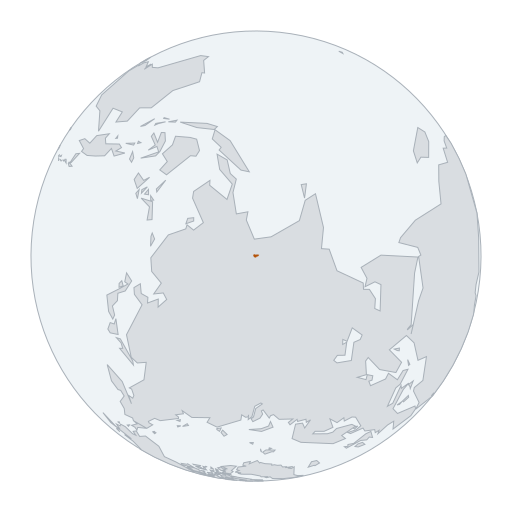 Geylegphug on an orthographic globe, rotated 189°
{"feature_id": "BTN-2482", "entity_name": "Geylegphug", "entity_type": "District", "adm_level": 1, "iso_a3": "BTN", "parent_name": "Bhutan", "parent_adm1": "", "projection": "orthographic", "projection_center": [90.239, 26.953], "detail": "fine", "context": "on_globe", "style": "filled", "palette": "amber", "viewbox_px": 512, "rotation_deg": 189, "n_neighbors": 0, "source": "natural_earth", "source_scale": "10m", "svg_char_len": 11292}
<svg xmlns="http://www.w3.org/2000/svg" viewBox="0 0 512 512"><g transform="rotate(189 256 256)"><circle cx="256" cy="256" r="225" fill="#eef3f6" stroke="#a8b0b8"/><path d="M340.6,47.2L339.1,46.9L348.3,53.8L357.9,59.0L350.5,56.0L373.4,68.8L382.7,77.4L368.0,66.0L363.3,63.7L367.5,68.2L363.6,67.0L363.4,68.7L358.4,67.0L350.2,61.2L346.7,60.2L349.9,63.6L346.9,64.5L342.7,59.6L337.0,60.9L322.2,52.9L315.1,43.5L302.7,40.0L284.4,33.5L281.9,33.7L273.4,32.3L267.3,32.1L265.6,31.6L262.3,32.1L265.0,32.7L264.4,33.2L261.1,33.4L258.3,32.5L259.6,32.3L257.1,32.1L257.1,31.7L255.2,32.0L252.3,31.3L250.3,32.4L243.8,32.2L243.2,31.7L249.8,31.2L259.1,30.7L275.8,31.6L292.4,33.7L308.8,37.0L324.9,41.5L340.6,47.2ZM231.6,32.0L227.4,32.5L223.9,33.0L231.6,32.0ZM365.7,63.4L363.0,61.1L367.0,63.9L365.7,63.4ZM364.3,69.3L366.3,70.5L365.3,70.9L364.3,69.3ZM244.4,31.0L241.9,31.2L242.1,31.1L244.4,31.0ZM356.7,68.9L354.5,69.5L355.3,67.8L356.7,68.9ZM239.3,31.4L248.5,30.8L251.6,30.8L249.7,31.1L239.3,31.4ZM352.4,69.3L347.2,71.6L351.3,74.2L336.9,68.7L346.0,68.2L346.4,65.5L348.9,68.0L352.4,69.3ZM267.3,32.8L264.2,32.2L269.8,32.7L267.3,32.8ZM271.0,33.1L288.9,34.9L291.7,36.3L285.2,35.2L291.2,37.4L283.8,37.2L278.7,35.9L278.4,34.9L275.8,35.7L271.0,33.1ZM329.7,65.6L327.3,65.6L328.3,64.6L329.7,65.6ZM264.6,33.5L268.0,33.5L270.6,34.7L264.4,34.9L265.5,34.4L264.6,33.5ZM296.5,38.3L297.4,39.5L291.6,39.5L291.1,40.1L283.8,37.3L296.5,38.3ZM263.2,34.2L261.1,35.0L256.8,34.7L261.5,33.6L263.2,34.2ZM274.0,35.1L274.9,35.7L272.4,35.4L274.0,35.1ZM240.5,34.8L244.5,34.4L246.2,34.9L240.5,34.8ZM260.6,35.4L262.1,35.5L263.2,35.7L261.0,36.2L260.6,35.4ZM280.3,37.7L277.6,37.6L282.9,38.8L278.8,39.2L274.7,37.4L274.7,38.4L273.4,38.6L271.5,37.0L280.3,37.7ZM262.1,37.7L255.4,36.1L247.7,36.5L245.9,35.9L258.7,35.5L262.1,37.7ZM267.8,37.4L263.9,37.4L263.7,36.5L266.2,35.9L267.8,37.4ZM277.5,40.3L284.9,40.1L285.5,40.5L277.5,40.3ZM259.9,37.9L261.5,38.3L259.3,38.0L259.9,37.9ZM272.1,39.6L274.6,39.4L275.3,39.9L272.1,39.6ZM262.7,39.5L260.6,38.9L262.2,38.4L262.7,39.5ZM267.0,39.7L267.3,40.4L264.1,38.6L268.1,39.5L267.0,39.7ZM272.3,40.1L273.5,40.4L271.2,40.2L272.3,40.1ZM257.6,42.0L253.1,39.8L256.8,38.6L260.7,40.8L257.6,42.0ZM59.7,145.4L74.3,129.7L72.0,136.8L79.3,147.2L79.1,150.8L71.7,159.2L71.9,183.3L79.7,178.3L86.3,195.0L95.0,201.0L109.6,184.2L95.6,173.8L99.6,162.8L116.1,163.2L129.3,173.3L131.3,169.4L128.4,156.1L137.0,152.0L128.0,151.1L127.5,156.2L121.9,156.0L122.0,151.5L125.0,150.0L122.6,145.8L108.8,154.8L106.8,160.9L97.0,155.9L92.8,165.9L88.2,167.9L93.6,151.8L97.3,147.6L102.7,128.1L97.9,132.0L92.5,150.9L91.7,148.0L85.2,154.4L89.6,147.3L96.8,126.6L91.6,122.6L75.5,132.7L74.5,130.0L78.1,122.5L93.6,106.5L94.1,114.4L99.6,109.7L107.8,99.5L107.2,103.1L110.6,100.2L111.6,103.1L121.1,100.2L123.4,102.8L134.9,95.4L137.7,96.0L130.0,100.0L125.9,104.7L132.4,112.4L136.0,112.0L143.0,106.8L143.9,110.0L149.9,104.1L157.5,106.7L153.2,98.8L161.3,93.5L170.2,92.1L172.1,89.2L157.7,91.6L152.6,94.0L149.5,98.2L135.0,104.7L131.1,103.5L143.3,92.1L139.1,89.7L150.5,82.7L182.5,79.0L191.8,81.3L190.6,96.1L183.9,98.2L181.0,93.7L176.5,102.7L180.3,99.6L181.1,102.6L189.0,99.1L189.9,101.1L196.0,94.6L198.0,96.7L194.1,100.8L207.6,98.3L213.9,102.1L216.6,100.6L217.6,98.0L224.9,105.1L226.5,103.8L224.7,100.9L226.7,96.5L233.2,91.9L235.4,94.5L233.3,96.6L232.4,105.3L226.6,110.9L228.2,111.6L233.7,107.4L234.9,96.7L238.1,93.2L238.5,98.0L238.6,95.9L241.0,95.1L245.3,96.9L245.3,91.6L267.7,80.9L278.3,84.1L276.2,89.1L294.1,86.5L304.7,91.7L303.0,88.8L310.5,86.6L307.3,84.8L307.1,83.4L324.8,78.4L330.7,79.8L336.4,75.8L335.6,74.5L331.6,73.1L336.9,68.7L351.3,74.2L352.5,76.7L360.7,79.0L362.3,84.8L367.4,91.1L364.3,97.1L368.6,102.1L371.4,102.5L379.2,110.1L386.0,125.5L368.5,111.1L355.9,90.6L360.0,98.4L355.5,96.3L354.8,99.1L358.0,105.1L360.5,105.9L347.3,116.2L347.8,133.8L356.5,131.8L363.4,136.5L371.6,158.0L360.9,190.0L370.1,199.1L371.6,205.7L365.9,210.5L363.5,201.0L356.3,198.3L355.8,192.6L345.8,198.2L344.7,190.2L337.4,199.1L341.8,205.0L351.1,202.5L345.3,214.4L356.6,224.4L359.6,237.8L345.9,263.1L329.6,271.8L329.0,276.0L321.7,271.8L313.2,280.7L327.7,303.2L327.7,310.0L313.3,323.5L312.8,318.6L293.5,307.3L290.7,323.3L305.4,335.8L310.4,350.5L299.5,346.4L294.3,333.4L287.5,328.9L288.7,315.1L282.0,294.5L270.9,298.4L271.2,290.0L260.3,272.4L244.1,277.3L218.7,297.7L216.1,318.7L207.0,326.8L193.8,294.7L192.5,273.5L184.8,274.2L173.7,254.1L145.9,246.1L144.6,239.9L138.8,240.8L131.4,232.6L130.5,222.7L124.8,221.1L128.1,247.3L134.5,249.1L143.5,242.7L142.9,251.3L150.4,261.2L132.7,276.4L95.9,280.3L96.7,264.0L92.0,212.4L94.6,208.2L94.8,207.7L95.0,206.6L89.9,213.0L90.6,203.2L88.4,237.3L86.0,250.5L95.3,281.0L93.3,282.7L97.6,289.8L117.0,291.6L116.1,296.7L104.2,316.3L81.4,336.4L87.1,358.3L89.8,374.6L81.4,378.5L88.0,391.8L84.5,392.4L88.2,399.1L88.7,403.3L87.4,404.7L80.9,397.8L70.7,384.1L61.5,369.7L44.5,333.0L41.7,321.0L38.9,308.6L33.3,275.1L34.2,262.2L33.8,253.9L32.4,251.1L32.6,241.3L32.3,238.5L32.0,232.4L34.6,214.2L38.8,196.3L44.4,178.8L51.4,161.8L59.7,145.4ZM61.0,145.3L58.9,148.8L61.0,145.3ZM138.8,194.6L149.7,200.1L152.7,186.0L157.2,187.2L156.6,182.2L152.9,185.0L152.6,171.9L160.1,170.6L162.9,165.1L159.3,163.1L145.5,167.7L145.8,186.1L140.0,189.8L138.8,194.6ZM128.4,83.3L126.0,86.3L121.7,88.6L119.0,87.0L125.2,83.4L128.4,83.3ZM123.7,90.2L136.7,80.3L138.9,81.5L135.5,82.4L135.7,84.2L130.2,86.2L119.6,97.7L115.1,100.7L112.5,95.0L115.8,94.9L117.9,91.7L123.7,90.2ZM165.8,58.4L171.4,55.6L169.0,61.5L164.0,63.5L160.9,61.5L165.0,58.1L165.8,58.4ZM234.3,32.6L236.6,32.3L237.4,32.4L236.0,32.8L234.3,32.6ZM242.2,34.6L225.0,34.8L226.8,34.3L214.6,35.9L214.5,35.2L222.4,34.0L213.2,35.0L220.3,33.7L213.6,34.8L231.2,32.3L237.2,31.6L230.5,32.5L230.4,33.1L232.2,33.1L241.7,33.1L254.6,32.6L256.5,33.6L254.5,34.5L251.7,34.7L251.3,33.9L247.8,34.9L245.1,33.9L242.2,34.6ZM229.4,52.2L230.1,49.7L222.7,54.2L220.0,52.1L219.3,52.8L214.7,52.3L207.9,53.0L207.7,51.8L205.2,52.7L202.1,52.6L198.6,53.4L196.8,51.8L192.3,52.8L194.0,51.5L186.8,53.9L191.4,51.5L187.9,51.6L185.3,53.8L184.4,46.0L180.5,45.6L174.7,46.8L183.3,43.4L194.2,40.4L204.9,38.8L207.5,40.1L210.9,38.7L213.1,39.0L209.5,40.0L216.4,38.7L217.3,39.4L226.8,39.7L236.3,38.2L240.0,38.5L236.8,39.5L242.8,39.3L239.1,41.5L241.7,41.9L240.6,44.8L232.8,46.9L236.3,47.3L235.7,49.9L229.4,52.2ZM257.0,42.8L248.3,45.1L242.5,45.3L246.7,40.2L244.9,39.5L247.4,36.9L255.8,36.9L254.3,37.6L254.8,38.3L251.9,38.0L254.6,38.7L252.6,39.8L254.1,40.8L250.9,41.2L257.0,42.8ZM82.9,149.2L83.5,151.1L85.3,152.9L81.2,157.2L82.9,149.2ZM87.5,135.0L88.6,135.7L83.7,142.1L83.1,140.4L87.5,135.0ZM93.4,130.9L89.0,135.2L91.0,131.9L93.4,130.9ZM131.5,100.6L133.2,101.3L131.7,102.7L128.9,104.0L131.5,100.6ZM206.8,67.3L208.1,65.3L209.7,65.2L216.2,61.7L218.7,63.3L215.8,66.0L206.8,67.3ZM104.9,185.7L100.0,187.5L99.7,184.8L101.5,184.7L104.9,185.7ZM88.2,171.8L90.0,177.4L87.1,173.0L88.2,171.8ZM210.7,68.4L213.1,66.7L212.9,68.6L210.7,68.4ZM220.9,64.3L221.4,66.3L219.8,63.1L220.9,64.3ZM201.9,469.6L206.3,471.2L202.7,470.7L201.9,469.6ZM117.0,384.5L116.3,408.2L108.6,404.9L103.3,396.0L100.9,380.4L108.6,379.4L111.3,373.2L117.0,384.5ZM362.8,377.6L368.7,377.4L368.4,378.3L362.8,377.6ZM356.6,375.6L363.6,374.8L355.3,377.8L356.6,375.6ZM366.3,374.4L373.3,371.4L376.4,369.4L375.7,371.3L366.3,374.4ZM351.8,376.4L325.1,379.3L314.4,377.8L317.1,374.4L334.5,373.6L351.8,376.4ZM316.2,374.3L299.6,365.9L275.8,338.1L284.3,338.5L309.0,354.9L307.4,357.9L317.5,364.8L316.2,374.3ZM355.9,352.7L354.2,361.7L339.6,362.8L332.9,362.1L328.3,351.3L330.9,345.2L336.4,344.8L357.1,322.2L364.5,326.0L358.4,335.4L364.4,342.3L355.9,352.7ZM217.1,320.8L222.5,333.6L217.5,335.2L217.1,320.8ZM364.9,306.6L357.0,316.8L364.0,303.7L364.9,306.6ZM368.7,294.5L369.5,299.1L365.8,295.2L368.7,294.5ZM329.3,282.5L323.5,284.1L323.0,280.8L330.3,276.9L329.3,282.5ZM361.7,249.1L362.8,259.0L362.1,262.5L358.8,256.9L361.7,249.1ZM235.9,83.5L223.9,86.2L217.0,90.0L215.8,94.8L212.4,89.6L223.1,83.6L235.9,83.5ZM263.5,80.7L264.6,77.1L267.5,78.4L267.7,79.4L263.5,80.7ZM261.7,78.8L256.6,75.2L259.4,73.0L262.9,76.2L261.7,78.8ZM233.2,70.7L229.5,71.3L229.8,69.6L233.2,70.7ZM391.1,435.9L395.0,431.9L400.5,428.3L394.7,433.3L391.1,435.9ZM382.2,426.5L342.0,445.3L334.1,445.5L338.3,441.0L335.4,428.7L338.1,428.6L339.0,419.3L364.0,406.4L382.6,386.0L394.1,384.1L404.2,369.1L415.3,366.4L410.6,377.4L420.3,379.6L431.1,354.6L432.9,375.0L437.3,379.0L433.6,391.0L410.6,418.9L401.2,426.7L401.3,425.8L396.9,429.3L392.7,431.0L394.1,425.8L389.6,429.2L395.6,422.9L388.4,429.3L387.9,426.1L382.2,426.5ZM459.1,351.8L459.7,351.3L459.2,353.2L458.4,354.4L459.1,351.8ZM467.1,333.1L467.0,333.9L466.6,334.9L467.1,333.1ZM467.0,333.1L468.0,330.2L467.3,332.5L467.0,333.1ZM465.8,325.6L466.5,323.8L466.6,324.4L465.8,325.6ZM377.5,375.8L386.1,367.5L390.4,365.9L377.5,375.8ZM465.4,323.8L463.9,325.0L464.2,323.6L465.4,323.8ZM465.9,320.7L465.9,319.0L466.3,322.4L465.9,320.7ZM463.4,319.3L464.9,320.9L463.1,319.9L463.4,319.3ZM462.1,320.8L460.8,320.5L460.9,319.8L462.1,320.8ZM443.1,335.1L448.6,342.4L443.4,345.1L437.8,341.4L432.1,350.0L420.0,353.8L423.2,348.8L421.9,343.3L408.5,345.2L405.8,342.0L410.8,337.8L401.6,337.2L411.8,332.5L415.6,339.6L421.2,331.3L430.3,329.6L438.6,328.9L444.7,332.0L443.1,335.1ZM411.2,350.7L412.9,350.2L411.3,353.1L411.2,350.7ZM458.1,318.1L460.1,320.5L459.8,321.7L458.7,321.8L458.1,318.1ZM446.3,329.8L453.1,319.5L454.5,318.7L449.9,328.8L446.3,329.8ZM451.7,315.9L454.6,315.2L455.9,318.1L455.3,319.5L451.7,315.9ZM390.6,348.6L390.1,351.0L387.4,349.9L390.6,348.6ZM394.2,346.4L402.3,346.9L393.4,348.6L394.2,346.4ZM368.4,343.6L371.0,348.7L379.0,343.7L372.9,349.9L378.1,357.8L376.1,361.5L371.0,352.9L368.8,363.2L365.2,363.6L363.5,355.4L367.2,344.3L370.8,339.2L385.2,334.6L368.4,343.6ZM394.2,339.8L392.1,333.8L393.6,329.1L396.1,332.0L394.2,339.8ZM385.1,319.6L378.8,313.1L373.4,317.1L383.9,304.2L388.3,312.5L385.1,319.6ZM379.1,303.7L374.1,307.3L379.0,300.1L379.1,303.7ZM372.6,305.0L371.7,299.7L375.8,299.7L372.6,305.0ZM381.8,303.4L382.1,294.1L384.5,299.1L381.8,303.4ZM368.9,287.9L378.5,295.2L366.6,293.4L364.4,275.7L369.2,274.5L368.9,287.9ZM384.7,210.6L382.5,205.7L386.4,203.7L386.9,207.5L384.7,210.6ZM397.2,194.1L386.8,201.6L378.1,208.3L381.6,210.0L381.2,219.1L374.9,211.9L379.7,201.0L386.6,197.6L385.9,190.2L390.0,184.2L386.4,175.6L387.6,171.3L392.9,178.2L397.2,194.1ZM384.6,172.2L379.9,156.9L388.0,157.3L390.9,160.7L389.6,167.4L385.4,166.7L384.6,172.2ZM381.1,153.5L377.0,152.9L361.3,133.0L360.0,129.1L376.3,143.5L373.2,143.9L375.6,149.0L381.1,153.5ZM329.0,66.9L327.4,65.7L330.0,66.5L329.0,66.9ZM305.1,82.5L305.2,80.7L308.2,81.3L305.1,82.5ZM307.2,76.1L303.7,76.5L306.5,74.9L307.2,76.1ZM296.2,78.0L301.9,76.2L297.7,79.6L296.2,78.0Z" fill="#d9dde1" stroke="#a8b0b8" stroke-width="1"/><path d="M254.7,256.9L254.5,257.0L254.3,257.0L254.3,256.9L254.2,256.9L254.3,256.7L254.5,256.6L254.8,256.6L254.9,256.4L255.0,256.4L255.0,256.5L255.2,256.4L255.2,256.5L255.3,256.5L255.5,256.5L255.6,256.4L255.8,256.2L255.9,255.9L256.0,255.8L256.0,255.7L256.1,255.4L256.3,255.3L256.3,255.2L256.6,255.1L256.7,255.3L256.8,255.3L257.0,255.3L257.1,255.5L257.3,255.6L257.5,255.6L257.5,255.8L257.5,256.0L257.8,256.1L257.9,256.3L258.0,256.3L258.0,256.5L258.3,256.5L258.5,256.5L257.7,256.7L257.2,256.7L256.8,256.5L256.5,256.2L256.4,256.2L256.3,256.3L256.2,256.3L255.9,256.4L255.8,256.5L255.7,256.7L255.6,256.8L255.1,256.9L254.9,256.9L254.7,256.9L254.7,256.9Z" fill="#f59e0b" stroke="#b45309" stroke-width="1.5"/></g></svg>